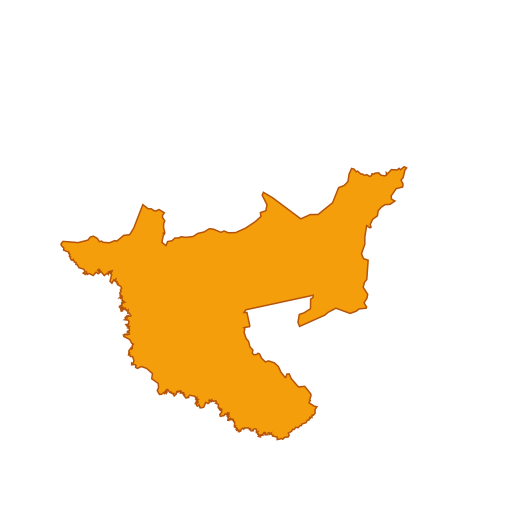 the district of Asunafo South, Brong Ahafo, Ghana, rotated 133°
{"feature_id": "2480657B2337940648547", "entity_name": "Asunafo South", "entity_type": "district", "adm_level": 2, "iso_a3": "GHA", "parent_name": "Ghana", "parent_adm1": "Brong Ahafo", "projection": "orthographic", "projection_center": [-2.473, 6.562], "detail": "fine", "context": "isolated", "style": "filled", "palette": "amber", "viewbox_px": 512, "rotation_deg": 133, "n_neighbors": 0, "source": "geoboundaries", "source_scale": "gbopen_adm2", "svg_char_len": 6151}
<svg xmlns="http://www.w3.org/2000/svg" viewBox="0 0 512 512"><g transform="rotate(133 256 256)"><path d="M88.9,205.9L89.7,208.6L94.3,209.1L94.3,211.1L96.8,211.4L100.5,215.9L106.3,215.9L106.2,217.5L108.0,215.7L109.5,216.4L111.7,219.7L111.5,223.0L114.2,225.4L115.7,225.6L116.6,227.2L118.7,226.4L120.3,227.1L120.9,230.4L123.1,231.7L123.4,234.1L124.5,235.2L124.7,239.7L126.1,240.2L125.6,243.6L126.8,245.8L132.6,243.8L138.9,239.5L144.3,239.6L149.7,242.2L164.8,236.3L183.3,238.9L188.6,244.5L198.3,248.6L202.1,283.7L204.4,294.0L207.3,292.9L211.1,282.8L216.2,279.7L221.3,282.4L223.8,279.3L231.6,280.0L242.9,282.7L252.7,286.8L257.9,292.1L259.5,296.4L262.6,297.8L265.4,305.4L267.8,308.7L273.7,310.3L279.2,314.0L284.5,315.2L290.1,319.9L293.1,324.0L295.5,324.8L298.2,327.6L302.1,327.8L305.7,330.5L309.8,328.9L310.2,334.1L304.5,337.7L302.1,338.0L302.5,339.3L300.9,338.9L298.4,342.8L295.3,345.6L292.5,346.7L291.6,350.7L289.8,352.1L286.9,352.5L288.2,358.7L291.2,359.8L292.4,361.3L292.9,364.8L295.0,367.0L295.6,373.8L318.6,364.6L324.9,363.2L326.8,363.1L331.1,366.8L339.9,367.9L341.1,369.8L346.3,372.2L350.3,377.2L350.4,379.0L352.2,380.3L351.4,384.3L352.4,388.4L355.1,390.1L359.1,389.8L367.6,395.3L376.9,407.1L380.0,406.9L381.1,405.6L381.2,402.1L382.9,400.7L380.8,395.4L381.9,394.6L381.7,393.2L383.5,392.3L383.2,390.9L384.1,390.7L384.8,388.7L384.6,387.5L383.1,387.3L384.3,384.6L383.5,383.1L385.0,381.9L384.2,381.0L385.3,377.5L383.1,373.0L383.9,370.5L387.1,370.8L385.9,370.2L386.0,368.4L383.4,368.8L384.7,367.0L384.8,366.3L384.2,367.1L382.5,365.9L381.3,361.7L376.9,361.9L376.6,359.3L374.6,358.9L374.2,362.2L372.7,361.8L373.8,353.6L370.2,353.1L370.2,351.4L368.1,353.1L364.9,351.1L366.8,350.5L367.2,351.6L368.3,351.8L367.9,349.0L374.1,345.5L374.2,342.8L370.4,343.7L370.3,342.8L368.7,342.7L370.5,341.6L369.6,340.3L370.7,339.8L370.3,338.1L371.4,337.8L370.5,334.2L371.2,332.2L373.1,332.2L374.0,330.4L375.6,330.6L377.2,328.7L376.7,328.4L376.9,326.4L377.6,326.5L377.1,327.5L379.4,327.4L378.5,326.9L379.2,326.2L377.5,325.8L379.9,323.6L379.3,322.0L380.9,322.3L379.8,320.7L382.3,321.8L384.1,319.5L383.8,321.0L386.1,321.5L386.6,320.7L385.1,318.9L386.7,319.4L388.3,316.9L387.1,316.2L385.3,318.2L385.4,316.0L384.8,317.3L383.3,316.0L385.0,314.7L383.8,315.1L384.2,313.2L382.6,312.8L385.2,310.8L384.2,309.9L385.0,306.7L386.7,307.6L386.7,308.8L388.8,308.3L388.1,309.6L390.5,309.6L390.8,307.9L392.0,308.4L390.1,305.7L390.6,304.2L392.8,302.8L394.9,304.4L395.1,303.2L393.6,302.5L395.3,301.9L394.0,300.5L395.9,300.5L395.3,299.5L396.8,297.7L398.7,298.7L400.0,297.7L398.3,297.0L399.4,295.3L401.6,296.6L402.6,298.6L404.1,299.0L403.9,298.1L405.0,297.8L403.2,291.4L404.6,287.2L404.1,285.6L405.7,285.5L407.9,283.4L408.8,283.5L408.3,284.8L412.2,284.3L413.0,282.5L413.5,283.0L415.3,281.7L414.3,281.1L415.2,279.3L413.7,277.7L415.8,273.9L418.4,272.6L419.0,274.0L420.4,272.8L418.1,270.7L417.9,269.1L419.6,268.1L419.1,266.1L415.0,264.4L412.8,259.3L412.6,251.5L416.9,248.6L415.9,240.6L418.7,237.5L421.8,236.4L423.1,232.2L421.6,230.8L418.0,230.1L418.8,229.2L417.7,229.2L417.8,227.9L416.1,228.3L416.5,230.5L415.6,229.1L414.8,230.3L413.8,229.6L414.6,226.1L414.1,225.0L413.0,225.9L413.9,224.2L412.8,222.6L413.5,222.8L414.1,220.4L411.2,220.2L409.4,221.4L408.2,221.0L408.6,220.2L406.0,219.4L406.2,218.0L407.0,218.6L407.9,217.9L405.5,215.8L406.5,215.4L406.0,214.0L407.0,214.2L407.7,210.4L405.6,208.9L405.6,209.6L403.0,209.5L400.2,204.9L401.3,202.8L400.0,202.7L400.8,202.1L400.4,200.7L401.9,201.5L401.5,200.2L402.3,199.0L402.3,200.6L405.0,199.8L403.6,198.8L405.3,198.6L405.9,196.5L403.8,196.0L405.5,193.0L404.6,193.7L404.5,192.5L402.2,191.1L397.3,192.9L396.6,190.4L394.3,190.2L393.9,191.4L393.2,189.9L392.8,191.1L392.5,190.0L391.4,190.2L392.0,189.3L390.7,189.3L391.6,188.9L391.2,187.8L389.3,186.7L389.9,185.1L391.2,185.2L390.1,182.3L392.6,180.4L393.1,177.8L392.0,178.7L391.5,176.7L392.9,176.7L392.3,175.8L393.7,174.6L396.6,174.4L397.6,172.7L394.6,170.6L392.5,170.9L392.1,168.9L390.2,170.0L389.3,168.7L390.4,167.8L390.3,168.6L391.8,168.3L391.7,166.7L392.9,167.4L393.3,165.8L395.4,164.6L394.7,163.7L393.5,164.5L393.4,163.5L392.4,163.9L392.7,162.7L391.6,162.5L392.1,161.3L391.1,161.0L392.4,159.2L391.9,158.4L395.4,155.6L394.5,155.1L395.5,154.7L394.9,153.1L396.2,152.3L395.4,151.7L396.4,151.2L395.6,150.7L396.1,149.7L395.2,149.5L396.1,148.5L394.4,147.8L392.8,148.6L391.0,148.1L391.0,146.8L389.7,147.2L386.8,144.1L386.4,142.4L387.9,142.9L386.7,141.8L387.3,140.4L385.6,138.8L385.0,139.8L383.1,139.1L382.5,137.5L384.6,135.6L383.5,135.0L384.7,134.9L384.3,133.6L385.8,132.8L385.0,132.9L385.0,131.3L386.3,131.2L385.2,129.3L384.2,130.4L382.8,129.2L383.0,130.0L382.1,129.3L380.2,129.7L380.4,128.9L379.1,129.3L378.9,128.4L380.3,127.1L378.7,125.6L376.9,126.4L376.1,125.1L377.0,124.5L375.6,124.1L376.3,123.9L375.6,121.4L376.3,121.0L374.0,117.0L375.8,115.3L371.9,112.6L371.8,111.5L368.9,111.3L366.5,109.1L364.8,109.3L363.5,111.5L359.9,110.4L357.9,111.1L356.8,109.7L354.2,110.2L352.9,108.1L350.1,108.1L349.0,107.1L347.7,107.9L343.7,105.7L341.2,106.5L339.8,105.4L337.4,106.5L337.5,105.7L336.8,106.0L336.0,104.9L334.2,106.4L333.4,105.5L330.8,105.5L328.0,108.1L324.7,108.7L326.1,110.9L327.2,117.2L324.6,117.8L324.7,118.7L320.6,120.5L319.5,122.0L318.1,131.5L322.8,135.6L321.7,146.5L319.6,151.3L321.2,152.9L324.6,151.4L324.9,152.1L324.0,158.5L321.6,164.3L321.6,169.7L324.1,175.2L327.1,176.9L327.0,182.0L325.2,186.7L325.9,188.3L327.5,188.3L329.6,190.1L329.6,192.5L326.9,194.1L326.6,198.4L323.6,203.1L322.9,207.3L319.8,212.9L317.1,214.3L316.7,216.0L312.1,212.6L311.3,212.9L303.5,224.1L305.6,226.3L302.2,226.7L245.7,187.4L247.5,186.0L250.2,186.7L257.4,180.2L264.8,182.1L269.2,184.5L275.9,180.1L277.8,176.1L252.2,165.3L248.1,164.9L239.7,162.0L233.8,148.0L228.1,145.1L224.4,144.5L219.0,139.8L217.9,140.3L216.5,145.1L211.3,146.0L207.8,148.2L205.8,156.3L201.0,158.8L197.7,158.9L182.6,171.1L184.6,175.6L182.5,180.3L173.1,184.5L167.7,189.5L158.3,195.8L157.8,192.1L156.7,191.4L154.9,194.1L149.5,195.7L143.9,194.6L139.5,197.5L134.6,197.7L130.4,196.6L126.8,193.2L121.0,191.9L122.0,195.6L119.9,198.1L111.2,199.4L105.5,195.8L103.1,197.5L101.6,201.7L98.5,201.8L91.3,205.8L88.9,205.9Z" fill="#f59e0b" stroke="#b45309" stroke-width="1.5"/></g></svg>